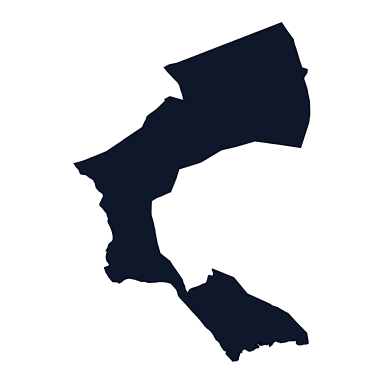 Marquelia, Guerrero, Mexico
{"feature_id": "50627088B62824552173050", "entity_name": "Marquelia", "entity_type": "district", "adm_level": 2, "iso_a3": "MEX", "parent_name": "Mexico", "parent_adm1": "Guerrero", "projection": "mercator", "projection_center": [-98.747, 16.624], "detail": "fine", "context": "isolated", "style": "filled", "palette": "ink", "viewbox_px": 384, "rotation_deg": 0, "n_neighbors": 0, "source": "geoboundaries", "source_scale": "gbopen_adm2", "svg_char_len": 5948}
<svg xmlns="http://www.w3.org/2000/svg" viewBox="0 0 384 384"><path d="M286.7,30.9L281.5,23.0L177.2,63.4L169.5,65.0L164.6,67.5L167.6,71.3L174.8,78.9L177.4,81.4L177.9,82.0L179.2,84.0L179.7,84.7L181.2,90.0L182.5,93.4L183.2,96.4L183.5,97.6L183.8,98.9L184.1,99.8L183.4,100.4L182.8,100.6L169.9,96.9L167.6,98.2L165.8,99.1L165.2,99.4L165.4,101.0L165.4,101.3L156.3,110.0L149.4,114.9L147.2,116.9L146.1,120.2L144.7,122.7L142.6,127.5L123.8,140.1L123.7,140.4L106.7,151.8L101.2,154.1L90.4,158.4L86.1,160.2L85.0,160.6L81.7,161.8L80.6,162.0L79.4,162.4L78.3,162.7L78.2,162.8L74.8,163.6L74.5,163.6L76.6,167.1L78.2,168.4L78.9,169.6L79.6,170.5L79.9,171.4L80.2,172.8L80.6,173.4L81.1,173.7L81.8,174.0L85.1,174.3L86.4,174.8L87.2,175.2L88.2,176.1L90.3,177.7L91.5,178.2L92.6,178.9L93.5,179.7L94.0,180.3L94.3,180.9L94.6,181.7L95.0,182.5L95.4,183.1L95.6,183.7L96.0,186.2L96.4,187.3L97.5,188.8L98.4,189.8L99.4,190.9L100.2,191.5L101.1,192.1L102.0,192.6L102.5,193.0L103.0,193.6L103.4,194.2L103.6,195.0L103.6,196.4L103.4,197.5L102.8,198.2L102.4,199.2L102.0,199.8L101.6,201.0L100.3,203.2L100.1,204.0L100.1,204.9L100.2,205.6L100.8,206.1L101.9,206.9L103.1,208.3L104.0,209.6L105.9,211.9L106.6,212.5L107.1,213.5L107.5,214.8L107.6,215.8L108.2,217.2L109.0,219.7L108.6,219.9L108.1,220.5L108.5,222.3L111.1,227.8L112.5,231.7L113.5,236.7L113.3,240.0L112.0,241.9L109.2,244.2L108.2,247.5L106.5,250.4L107.8,250.1L107.4,251.9L106.3,256.9L107.0,260.7L108.5,262.4L110.0,264.9L108.1,266.6L104.7,267.7L106.1,272.0L109.3,277.3L112.7,281.4L117.7,281.8L118.7,282.5L119.2,282.9L119.7,282.6L120.3,282.3L120.9,281.9L122.1,281.0L122.6,280.5L123.1,280.0L124.2,279.4L126.4,278.4L127.5,278.1L128.6,278.0L130.6,278.1L131.5,278.3L132.6,278.6L134.7,278.9L137.0,279.8L138.0,280.0L139.1,280.4L140.2,280.9L141.2,281.1L142.3,281.2L144.4,281.1L145.1,281.2L147.3,282.0L148.3,282.2L152.4,282.1L153.6,282.0L154.4,281.8L155.3,281.9L155.6,282.0L156.2,281.9L157.0,281.6L157.8,281.5L159.8,281.3L161.6,281.4L162.8,281.5L164.1,281.4L164.7,281.4L165.6,281.8L166.1,281.9L166.5,281.9L166.9,281.7L167.8,282.1L168.4,282.3L169.4,282.6L169.5,282.7L169.8,282.7L170.0,282.6L170.7,282.7L171.2,283.1L171.7,283.7L172.0,284.2L173.2,285.4L176.2,288.7L176.8,289.5L177.1,290.3L177.7,291.7L178.0,293.1L178.5,294.7L178.8,295.6L179.3,296.3L179.7,297.0L180.3,297.7L180.9,298.1L181.2,298.6L181.9,299.3L182.3,299.9L184.9,302.5L185.4,303.1L186.6,304.3L187.4,305.4L190.1,308.2L190.2,308.6L191.2,309.6L191.9,310.5L193.8,312.5L194.1,312.8L195.3,313.9L195.8,314.5L196.3,315.1L198.3,317.2L198.6,317.7L199.1,318.3L199.9,319.1L200.4,319.8L201.1,320.5L202.3,322.1L204.4,324.8L204.9,325.6L206.0,326.5L206.8,327.4L207.1,327.7L208.0,328.5L209.2,329.3L210.9,330.9L212.1,332.3L212.6,332.9L213.0,333.3L213.2,333.8L213.3,334.2L213.7,334.7L214.1,335.2L214.3,335.9L215.8,338.7L216.6,339.7L217.3,340.3L218.0,340.8L218.9,341.5L219.9,342.8L220.5,343.9L221.4,346.2L222.6,347.8L223.0,348.5L223.4,349.0L223.9,349.9L224.3,350.1L225.0,350.5L225.4,350.6L225.8,350.6L226.0,350.7L226.0,350.8L227.7,351.8L227.0,352.5L226.7,352.5L226.4,352.9L226.3,353.3L226.3,353.7L226.4,354.0L227.8,355.4L230.5,358.3L231.8,359.7L232.8,361.0L233.5,360.7L236.6,360.5L237.0,360.4L237.6,359.8L238.2,359.1L238.3,358.8L238.3,358.3L238.2,357.8L238.6,356.5L239.2,355.0L239.3,354.5L239.3,353.9L239.1,353.6L238.6,353.3L238.2,352.5L238.1,352.3L238.2,352.0L239.0,352.1L240.6,352.7L241.3,352.5L241.6,352.1L241.5,351.1L241.6,350.8L242.0,350.3L242.9,349.5L243.6,348.8L243.9,348.6L244.4,348.6L244.8,348.7L245.4,349.1L247.4,350.0L248.4,350.8L249.8,351.0L252.5,350.2L253.4,349.5L254.0,349.4L254.7,348.5L256.9,347.3L257.4,347.7L257.8,347.8L258.5,347.3L258.5,347.0L258.5,346.1L257.6,345.5L257.0,344.9L256.1,345.7L256.2,346.1L255.7,346.0L255.4,345.6L255.4,344.9L256.0,344.1L257.9,342.2L258.6,342.2L258.5,343.4L259.2,344.0L260.0,343.8L260.1,343.4L260.0,343.0L260.0,342.8L261.4,342.6L261.9,342.7L261.9,343.2L262.3,343.9L262.1,344.0L261.6,344.2L260.4,344.9L261.0,345.2L261.6,345.2L261.9,345.0L262.7,344.5L263.3,344.2L263.8,344.6L265.3,344.0L266.0,343.7L266.1,343.8L266.1,344.3L266.7,344.6L267.4,344.3L268.5,343.7L268.9,343.6L269.3,343.7L269.7,344.2L269.8,344.5L269.5,345.6L269.5,345.8L269.8,346.2L271.9,344.5L272.0,344.2L272.2,343.7L272.5,343.3L273.8,342.0L274.3,341.3L275.3,340.8L275.6,340.8L275.9,340.8L278.1,341.7L279.2,341.8L280.7,342.5L283.0,342.1L286.4,341.6L287.8,340.9L288.5,340.6L291.0,340.7L292.4,340.2L293.3,340.7L293.8,340.7L295.0,340.1L295.3,340.0L295.9,340.2L296.3,340.3L296.5,341.1L296.7,341.8L296.5,342.6L296.6,343.2L297.1,343.9L297.8,344.3L298.8,344.6L300.3,344.7L303.8,343.9L304.6,343.8L305.6,343.9L306.3,343.8L307.2,343.5L308.1,342.9L306.5,333.2L295.6,322.1L288.1,313.8L284.9,312.2L277.1,307.6L271.6,305.9L270.2,304.6L247.0,294.0L233.6,277.9L212.8,269.4L212.5,269.4L212.5,269.8L212.8,270.3L213.3,271.7L214.0,273.6L213.9,273.9L212.9,276.3L212.5,276.6L212.2,276.6L210.9,276.1L209.3,275.6L209.0,275.6L208.7,275.8L208.5,276.2L208.4,277.3L207.4,280.9L206.9,282.0L206.6,282.6L205.7,283.8L205.3,284.0L204.0,284.0L203.6,284.1L198.4,286.7L196.8,287.2L195.1,287.7L192.9,288.4L191.2,289.1L190.2,289.6L189.7,290.1L189.2,290.9L188.4,292.9L187.9,293.9L187.4,293.4L185.1,289.7L184.3,285.8L184.1,285.6L182.8,282.8L182.2,280.7L182.3,280.6L181.8,279.4L180.5,277.5L174.8,269.2L172.9,266.6L170.6,262.9L169.6,261.4L169.0,260.7L168.6,260.7L167.1,259.3L165.7,258.3L163.3,256.4L159.9,253.6L156.9,243.2L155.0,233.2L154.7,230.4L152.5,220.7L151.0,215.6L150.8,212.8L151.1,200.8L156.7,197.3L158.4,196.6L160.6,196.0L161.7,195.4L169.7,191.8L170.4,191.7L175.9,178.1L178.7,168.8L198.4,162.7L201.2,161.6L203.1,160.5L221.3,149.6L235.6,146.3L254.9,140.7L268.2,142.5L271.2,143.0L272.7,143.2L276.9,143.7L300.5,147.2L308.4,122.8L309.5,115.0L309.4,106.2L309.2,104.1L309.4,102.0L309.2,101.4L307.5,93.1L306.7,88.7L303.3,78.3L304.2,76.4L305.9,73.8L306.8,72.4L307.0,69.6L301.7,68.0L300.4,64.0L300.1,63.3L299.2,60.6L297.1,53.4L295.2,47.3L294.4,45.3L293.6,42.7L293.1,39.6L286.7,30.9Z" fill="#0f172a" stroke="#020617" stroke-width="1.5"/></svg>